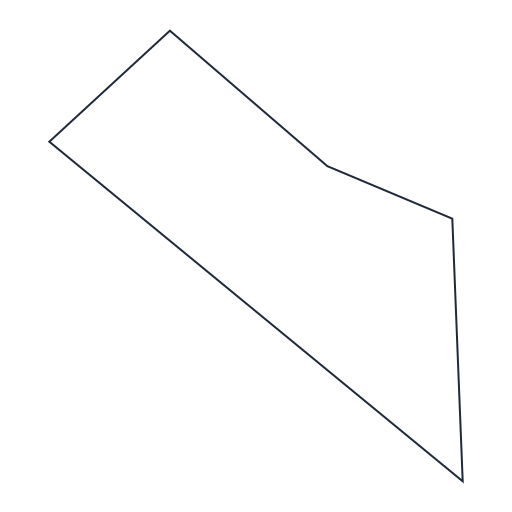 outline of Birgu
{"feature_id": "MLT-5951", "entity_name": "Birgu", "entity_type": "state/province", "adm_level": 1, "iso_a3": "MLT", "parent_name": "Malta", "parent_adm1": "", "projection": "robinson", "projection_center": [14.523, 35.888], "detail": "fine", "context": "isolated", "style": "outline", "palette": "slate", "viewbox_px": 512, "rotation_deg": 0, "n_neighbors": 0, "source": "natural_earth", "source_scale": "10m", "svg_char_len": 209}
<svg xmlns="http://www.w3.org/2000/svg" viewBox="0 0 512 512"><path d="M223.1,284.5L49.3,141.7L169.9,30.7L327.4,166.2L452.3,218.7L462.7,481.3L223.1,284.5Z" fill="none" stroke="#1e293b" stroke-width="2"/></svg>